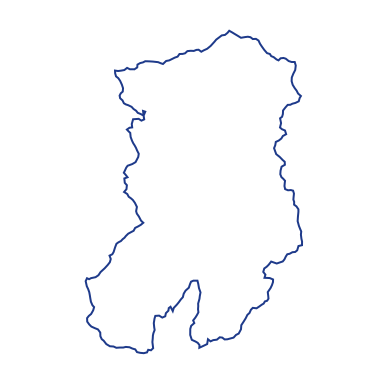 Juquiá, São Paulo, Brazil, rotated 173°
{"feature_id": "56859067B43300961500211", "entity_name": "Juquiá", "entity_type": "district", "adm_level": 2, "iso_a3": "BRA", "parent_name": "Brazil", "parent_adm1": "São Paulo", "projection": "robinson", "projection_center": [-47.643, -24.216], "detail": "fine", "context": "isolated", "style": "outline", "palette": "blue", "viewbox_px": 384, "rotation_deg": 173, "n_neighbors": 0, "source": "geoboundaries", "source_scale": "gbopen_adm2", "svg_char_len": 4419}
<svg xmlns="http://www.w3.org/2000/svg" viewBox="0 0 384 384"><g transform="rotate(173 192 192)"><path d="M253.6,321.9L253.8,319.1L253.3,316.0L251.3,314.0L249.8,311.1L248.5,307.0L247.8,303.4L248.5,300.1L250.7,298.6L252.1,296.5L251.9,293.8L249.8,291.4L248.8,288.4L247.0,287.0L244.7,285.9L241.6,283.9L239.9,281.5L237.6,279.5L236.2,277.2L233.5,275.7L230.7,273.7L230.6,269.9L233.5,269.0L236.0,271.1L241.6,271.4L243.5,266.8L243.5,263.4L246.2,263.4L249.0,261.9L247.6,260.0L246.1,258.2L246.2,254.1L245.3,250.3L244.4,247.6L243.2,245.1L242.2,242.6L241.5,240.1L240.2,236.4L241.1,233.3L244.4,228.5L247.9,227.0L252.7,225.9L254.3,224.2L255.7,221.9L257.3,219.4L255.8,217.2L254.2,214.5L257.5,213.7L257.6,209.3L255.8,206.7L256.7,202.8L259.4,200.3L256.5,197.9L255.4,195.0L253.4,193.2L251.7,191.3L250.0,188.2L248.5,183.9L249.8,179.8L249.4,177.3L247.7,174.1L246.1,169.8L244.1,167.4L246.9,165.6L249.7,164.4L252.8,163.3L254.7,160.6L257.1,159.7L260.4,158.4L263.0,156.4L264.6,154.8L266.6,153.6L268.5,152.0L271.2,151.0L273.3,149.8L275.1,146.4L277.1,142.0L278.7,139.9L281.6,138.9L280.8,135.4L282.1,132.3L284.6,129.8L288.0,126.9L292.5,123.7L295.0,120.8L298.1,119.2L302.7,118.8L304.8,118.0L306.7,119.2L308.4,116.5L307.9,111.3L306.9,108.3L306.2,105.1L306.0,102.0L305.9,98.9L305.7,95.4L304.6,91.7L303.2,89.7L304.5,86.6L307.0,83.2L309.5,81.6L311.5,79.6L311.8,76.1L310.1,73.0L308.3,70.7L304.7,68.5L302.1,67.1L300.2,63.7L300.5,60.0L299.5,56.9L297.8,55.2L295.6,51.5L292.3,48.9L288.7,48.2L286.1,46.6L282.2,46.4L279.3,46.0L276.6,46.3L272.9,45.5L270.3,43.9L267.5,42.7L266.1,39.8L263.1,38.7L259.5,37.9L256.2,38.3L254.7,40.7L252.0,39.9L249.6,41.7L249.6,47.9L248.8,51.5L248.3,54.3L247.5,56.6L245.9,59.6L246.0,62.4L245.9,66.5L244.6,71.0L243.5,73.5L239.7,73.3L236.8,71.0L233.7,71.9L232.7,74.9L229.9,77.1L229.2,79.6L227.3,80.7L225.6,76.1L224.2,79.2L220.8,82.0L218.6,84.1L216.1,86.8L213.9,88.7L212.6,92.1L210.4,94.9L206.8,97.4L205.3,100.6L203.9,103.1L201.5,103.8L197.4,103.3L197.0,100.2L196.8,95.8L195.8,91.3L196.9,87.9L197.6,85.1L199.5,80.5L199.7,78.0L200.3,74.9L200.3,71.8L201.9,69.5L203.9,67.0L206.5,64.4L205.7,61.6L209.1,59.3L210.4,56.3L211.2,50.3L210.2,45.3L206.8,43.2L204.7,41.6L203.2,39.1L203.7,36.5L200.0,37.7L195.5,39.2L194.1,43.9L191.8,41.5L189.0,42.4L185.3,42.4L182.2,44.4L179.7,43.8L177.6,41.7L174.9,41.5L168.5,42.4L165.7,44.8L162.9,45.8L160.1,49.8L159.3,53.8L156.6,57.0L154.1,60.1L152.0,63.3L149.7,64.9L147.9,67.9L145.8,69.6L142.1,68.7L139.1,70.2L136.6,71.6L134.5,72.5L133.0,74.5L130.7,74.9L129.1,76.8L129.0,79.6L129.0,83.4L125.8,87.0L124.0,89.8L122.6,92.7L122.2,95.3L125.3,97.1L127.5,97.5L130.5,98.0L129.2,101.0L131.0,104.0L129.6,107.3L127.0,108.7L124.8,110.4L121.9,113.3L116.6,110.7L113.3,111.4L110.4,112.0L108.5,113.8L106.7,116.6L105.0,118.6L102.6,118.8L99.7,120.0L96.9,119.9L94.7,121.3L92.9,125.4L89.3,125.8L88.8,129.4L89.1,132.3L89.1,136.4L88.4,139.5L89.1,141.9L90.0,145.3L90.7,150.2L89.9,154.4L88.8,159.3L88.5,161.9L90.1,165.0L92.2,167.0L91.8,169.8L92.3,172.1L91.8,174.5L91.0,178.0L91.5,181.0L93.7,181.9L96.5,182.0L99.2,183.5L99.5,186.6L98.9,189.4L98.3,191.8L99.9,194.1L101.4,195.8L102.2,198.8L101.5,202.4L100.0,206.2L96.5,207.7L96.3,210.7L98.2,212.8L100.5,215.9L103.8,219.3L104.6,222.8L105.2,225.5L103.7,228.2L102.7,231.5L99.6,232.5L96.8,234.2L95.0,236.5L91.5,237.9L92.2,241.7L95.1,243.4L96.8,245.3L95.2,249.5L95.6,254.4L93.4,255.7L92.3,258.3L91.7,261.8L88.9,264.6L86.4,266.8L83.8,266.6L81.6,267.4L78.6,267.8L75.0,269.0L73.7,272.1L72.2,274.0L74.7,276.8L75.8,279.8L77.4,282.6L79.0,286.1L79.6,289.9L79.0,293.5L77.0,297.1L74.7,300.5L73.6,304.9L74.2,308.5L77.3,308.9L80.1,310.2L82.7,312.9L84.9,313.9L87.8,313.9L90.1,312.1L92.0,313.3L94.5,315.9L96.8,317.2L97.9,319.5L100.6,320.7L103.0,324.3L104.9,327.8L106.4,330.8L107.5,334.2L109.9,336.2L113.0,336.4L115.1,338.5L117.6,339.3L120.4,339.3L124.6,339.1L127.6,341.5L130.3,343.6L132.7,345.5L135.4,347.5L137.4,345.6L140.1,343.9L143.4,343.8L146.1,342.2L149.4,340.3L151.5,338.3L153.6,336.5L155.7,334.7L159.5,332.3L163.0,331.2L165.7,330.1L168.1,332.4L170.3,332.5L173.0,331.8L176.0,332.3L179.4,332.4L182.0,330.5L184.5,330.2L187.6,330.5L189.8,328.1L192.6,327.5L195.7,326.4L198.6,325.4L201.7,325.2L205.2,322.6L207.5,323.7L209.8,325.0L214.9,326.2L218.6,326.9L222.5,327.5L224.9,326.6L227.7,326.3L230.6,325.1L231.2,322.3L234.2,320.8L238.7,321.4L241.3,323.1L244.3,321.3L247.8,321.1L250.7,321.1L253.6,321.9ZM230.7,273.7L230.7,278.4L228.6,277.4L230.7,273.7Z" fill="none" stroke="#1e3a8a" stroke-width="2"/></g></svg>